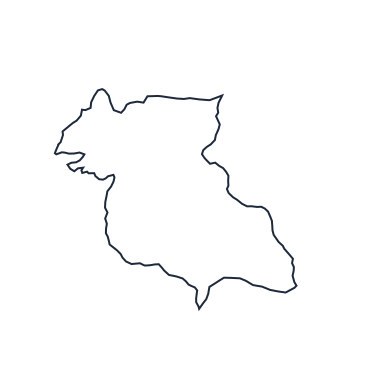 Klavdia, Larnaca, Cyprus, rotated 217°
{"feature_id": "46923920B5144996201228", "entity_name": "Klavdia", "entity_type": "district", "adm_level": 2, "iso_a3": "CYP", "parent_name": "Cyprus", "parent_adm1": "Larnaca", "projection": "natural_earth1", "projection_center": [33.518, 34.889], "detail": "fine", "context": "isolated", "style": "outline", "palette": "slate", "viewbox_px": 384, "rotation_deg": 217, "n_neighbors": 0, "source": "geoboundaries", "source_scale": "gbopen_adm2", "svg_char_len": 2268}
<svg xmlns="http://www.w3.org/2000/svg" viewBox="0 0 384 384"><g transform="rotate(217 192 192)"><path d="M116.0,103.0L116.2,109.8L116.1,114.9L117.7,120.3L121.0,126.7L118.7,132.7L116.8,137.9L114.9,142.8L109.3,146.8L101.8,151.9L95.6,153.5L87.2,154.4L79.1,158.6L70.8,160.8L63.4,164.4L56.7,168.1L52.5,177.2L52.2,180.1L56.0,181.6L61.3,185.7L63.4,190.3L65.5,193.4L69.3,195.4L71.2,199.4L77.8,200.9L84.1,202.2L87.1,203.7L92.7,204.2L100.9,206.9L104.5,209.7L107.8,213.6L110.9,217.1L115.0,219.6L119.4,222.1L123.9,222.6L127.8,221.9L131.1,219.2L135.9,216.4L139.4,213.7L144.9,212.7L151.3,212.9L156.1,212.5L162.0,213.2L165.9,215.4L166.7,218.9L169.7,222.5L172.7,226.9L176.8,228.6L181.5,229.8L186.2,229.2L191.1,229.4L194.6,225.4L200.5,226.3L202.8,226.8L206.8,228.2L208.2,232.2L207.3,237.0L205.7,241.2L205.0,247.3L207.2,251.8L208.6,258.0L210.5,262.7L218.4,267.0L218.8,271.1L222.3,274.5L224.6,279.5L225.4,284.3L226.0,287.2L233.2,275.9L239.3,272.0L241.8,270.4L250.2,265.7L254.5,261.4L260.4,257.5L266.2,254.3L274.1,250.0L277.0,248.2L285.2,241.6L284.5,234.2L290.1,231.2L295.1,225.8L296.7,222.4L295.8,217.4L296.3,212.6L303.7,210.3L310.9,214.4L316.3,218.7L322.7,220.5L325.7,220.1L328.3,216.5L327.9,209.7L326.5,202.9L323.6,198.1L326.4,193.3L329.4,191.5L329.2,191.2L326.7,186.1L327.1,179.5L328.6,175.7L329.5,172.2L331.8,162.5L329.3,159.8L326.9,152.7L327.4,149.5L327.1,149.4L326.2,145.4L324.9,140.5L323.1,140.4L319.7,145.5L316.9,147.1L313.5,148.5L309.3,151.8L305.6,155.8L300.6,157.3L300.3,154.1L300.7,149.7L302.4,146.0L306.0,142.7L307.9,138.9L303.2,137.3L298.5,137.7L297.3,142.3L293.6,145.9L293.4,142.8L291.1,141.2L288.0,145.1L285.9,144.7L281.4,148.2L278.8,146.6L273.9,146.3L270.5,148.3L269.1,151.0L268.5,154.1L265.1,158.4L262.7,157.0L261.0,153.2L260.5,150.8L259.9,147.5L260.0,141.6L257.8,137.3L255.2,131.8L252.0,127.1L247.2,124.8L245.4,118.6L240.9,115.4L238.6,111.0L235.9,107.2L232.5,105.7L228.7,102.7L226.2,100.5L216.8,100.3L211.5,99.5L208.1,97.8L202.9,96.8L196.9,98.1L194.3,100.5L190.6,103.8L186.8,104.5L185.4,104.9L181.7,108.0L178.3,111.6L175.1,114.3L170.8,113.5L166.9,112.5L160.5,111.9L153.8,115.1L147.5,117.3L143.1,117.0L139.0,116.0L135.9,116.6L132.4,117.5L128.6,116.5L127.9,115.2L124.6,109.4L122.3,106.5L117.7,104.4L116.0,103.0Z" fill="none" stroke="#1e293b" stroke-width="2"/></g></svg>